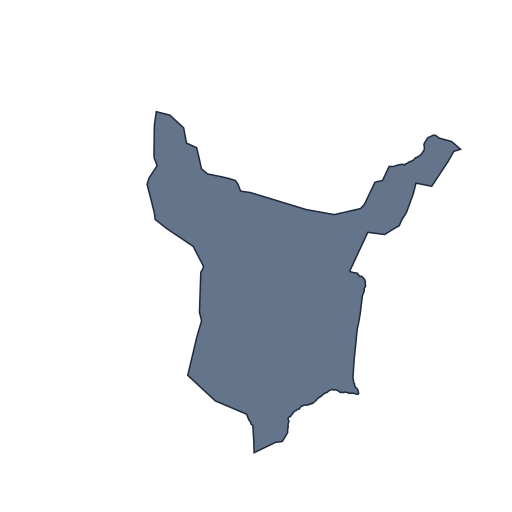 the district of Bogd, Bayanhongor, Mongolia, rotated 293°
{"feature_id": "93677404B1716064245788", "entity_name": "Bogd", "entity_type": "district", "adm_level": 2, "iso_a3": "MNG", "parent_name": "Mongolia", "parent_adm1": "Bayanhongor", "projection": "natural_earth1", "projection_center": [100.876, 45.209], "detail": "fine", "context": "isolated", "style": "filled", "palette": "slate", "viewbox_px": 512, "rotation_deg": 293, "n_neighbors": 0, "source": "geoboundaries", "source_scale": "gbopen_adm2", "svg_char_len": 3954}
<svg xmlns="http://www.w3.org/2000/svg" viewBox="0 0 512 512"><g transform="rotate(293 256 256)"><path d="M345.6,139.4L352.0,121.7L349.9,107.8L336.5,111.4L309.3,122.5L306.3,124.1L300.5,129.7L286.2,127.1L279.4,127.7L265.4,138.5L255.6,145.8L250.2,148.9L246.3,163.4L240.3,194.4L226.1,211.6L225.8,211.8L225.7,211.8L225.5,211.7L225.4,211.7L225.2,211.8L224.8,212.0L224.3,212.0L223.5,212.0L222.7,212.0L221.9,212.0L221.2,211.9L220.4,211.6L219.9,211.6L219.4,211.6L218.5,211.9L182.2,225.9L175.1,231.2L158.2,233.2L119.5,239.8L106.7,275.2L106.7,288.6L106.7,309.3L105.6,310.1L104.5,311.4L103.4,312.3L103.0,313.0L101.9,314.0L101.4,315.1L100.8,316.1L99.3,317.1L99.2,317.5L99.0,318.8L98.8,319.3L93.5,321.9L83.5,326.9L74.2,331.1L92.2,346.9L95.5,352.7L105.8,354.1L109.4,352.7L111.1,352.6L112.5,351.7L113.4,351.3L114.2,351.3L115.1,351.0L116.0,351.1L117.3,350.5L117.8,349.9L118.4,349.1L119.5,349.0L120.3,349.3L121.0,349.5L121.4,349.8L121.5,350.3L121.8,350.5L122.5,350.6L123.4,350.6L124.1,351.0L126.4,351.5L127.8,352.1L128.7,352.5L129.3,353.3L130.1,353.6L131.2,354.2L131.5,354.8L132.1,355.6L132.9,355.8L133.9,355.9L134.9,356.2L135.6,356.5L136.0,357.3L136.7,357.8L137.2,358.4L138.1,359.3L138.2,359.7L138.3,360.4L138.5,360.7L138.6,361.4L138.9,361.7L139.7,362.1L139.9,362.4L140.0,363.0L140.3,363.3L140.7,363.4L140.9,363.7L141.5,363.8L141.6,364.2L141.5,364.7L141.8,364.9L142.4,365.7L142.8,365.7L143.2,366.1L144.8,366.8L146.0,367.5L147.0,367.9L147.9,368.1L149.1,368.5L152.5,370.9L155.3,372.0L156.1,372.7L156.5,372.8L158.2,374.7L159.4,375.3L160.2,375.6L160.6,376.1L161.3,376.4L161.6,376.8L162.3,377.5L162.8,378.2L162.8,378.8L163.2,379.1L163.1,379.7L163.3,380.1L163.2,380.4L163.7,381.2L164.1,381.9L164.2,382.8L163.9,383.5L163.9,384.2L164.0,385.1L163.8,385.5L163.4,386.4L163.4,387.3L163.7,387.8L164.2,388.5L164.4,389.9L164.9,390.5L165.6,391.1L165.7,392.0L166.0,392.8L165.9,393.7L166.1,394.4L165.9,395.1L166.6,396.9L167.2,397.4L167.4,398.0L167.7,398.6L167.7,400.1L168.0,400.9L167.9,401.5L168.1,402.2L168.3,402.7L168.4,403.1L168.3,403.5L168.4,403.9L169.7,404.2L171.8,402.7L173.0,401.5L173.4,400.8L173.5,400.6L173.8,399.7L174.2,398.8L174.6,398.0L175.3,397.5L177.3,396.3L177.7,395.4L178.1,395.0L179.7,394.4L181.1,393.0L182.4,392.6L199.7,386.6L215.1,381.9L224.5,378.9L229.1,377.6L233.1,376.9L243.2,374.6L260.5,369.6L262.9,369.4L265.0,369.4L266.9,369.1L268.2,368.3L268.9,368.3L270.8,368.7L271.9,368.3L273.6,367.2L275.3,366.6L276.1,365.9L277.1,364.8L277.9,363.1L278.4,361.8L278.6,360.9L277.9,359.7L278.0,358.8L278.2,358.2L278.7,358.0L278.8,357.4L279.1,356.9L279.8,356.1L279.6,355.7L279.3,355.1L279.5,354.7L279.2,353.7L278.9,352.3L278.5,350.1L278.5,348.7L278.8,348.2L300.2,348.9L321.5,349.7L326.0,366.0L334.6,372.0L339.7,376.0L346.4,376.1L354.8,377.5L374.6,376.5L385.6,374.8L388.8,390.5L418.2,395.9L429.6,397.2L434.2,402.6L437.8,391.3L436.1,378.1L436.5,376.6L437.0,375.2L437.1,373.9L437.0,373.3L436.8,372.6L436.2,371.8L435.4,371.0L434.4,370.2L433.4,369.2L432.4,368.4L431.7,368.0L431.1,367.7L430.1,367.6L428.7,367.4L427.5,367.2L426.6,367.0L425.8,367.0L425.0,366.9L424.2,367.1L423.4,367.5L422.8,367.9L422.1,368.3L421.6,368.6L421.1,368.8L420.5,369.0L420.0,369.2L419.3,369.2L418.5,369.3L417.7,369.1L416.7,368.8L415.4,368.7L414.0,368.2L412.9,367.7L411.9,367.2L411.3,366.7L410.1,366.0L409.3,364.9L408.5,364.4L407.8,364.0L406.8,363.8L405.7,363.4L405.1,362.7L404.6,362.3L403.9,361.9L403.6,361.4L403.2,361.0L402.6,360.8L402.4,360.5L402.1,359.9L401.6,359.6L401.0,359.5L400.4,359.0L400.0,358.5L399.6,358.1L399.3,357.8L398.8,357.6L398.0,357.3L397.6,357.0L397.7,356.3L397.9,355.6L397.4,354.8L397.3,354.2L396.6,353.2L396.0,352.3L395.5,351.7L394.9,350.7L393.7,349.3L392.6,348.2L392.0,347.2L391.3,345.8L390.9,344.6L390.5,343.5L375.0,343.0L370.4,336.7L346.0,335.6L340.5,333.7L324.7,311.9L318.4,284.3L312.2,226.0L309.7,216.5L315.0,211.4L317.5,207.5L316.6,199.7L315.6,194.0L312.6,179.4L314.9,171.8L324.4,165.0L332.5,159.1L332.8,147.9L345.6,139.4Z" fill="#64748b" stroke="#1e293b" stroke-width="1.5"/></g></svg>